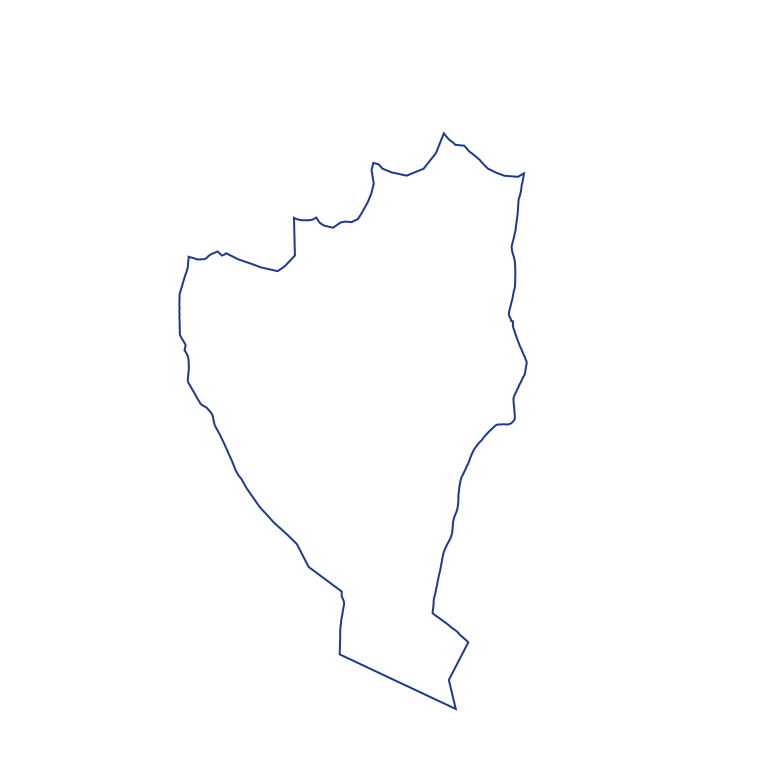 outline of Grande Riviere/Degazon, Gros Islet, Saint Lucia, rotated 32°
{"feature_id": "8701671B86513395077945", "entity_name": "Grande Riviere/Degazon", "entity_type": "district", "adm_level": 2, "iso_a3": "LCA", "parent_name": "Saint Lucia", "parent_adm1": "Gros Islet", "projection": "robinson", "projection_center": [-60.951, 14.028], "detail": "fine", "context": "isolated", "style": "outline", "palette": "blue", "viewbox_px": 768, "rotation_deg": 32, "n_neighbors": 0, "source": "geoboundaries", "source_scale": "gbopen_adm2", "svg_char_len": 4737}
<svg xmlns="http://www.w3.org/2000/svg" viewBox="0 0 768 768"><g transform="rotate(32 384 384)"><path d="M219.6,290.8L240.4,322.3L239.9,324.3L239.3,327.6L238.8,330.2L238.2,332.8L237.8,335.5L236.9,338.0L235.6,341.2L234.6,343.3L234.0,344.7L217.6,350.4L215.4,350.8L205.8,352.8L198.0,354.7L193.7,355.6L181.0,356.7L179.7,359.4L178.4,361.0L175.7,360.4L172.6,359.8L171.2,361.9L169.5,364.1L168.1,366.6L167.3,368.6L166.8,371.4L165.4,373.4L163.6,374.6L161.4,376.3L159.1,377.5L156.8,377.9L154.5,378.6L150.9,379.6L152.4,382.3L153.5,384.7L154.6,386.8L155.8,389.1L156.9,392.6L157.3,394.4L157.8,397.1L158.4,399.4L159.4,403.1L160.1,405.4L160.9,408.1L161.4,410.2L162.1,412.6L162.7,415.3L163.7,417.4L165.1,419.5L168.2,424.8L169.5,426.7L170.7,428.6L172.3,431.5L173.9,433.5L175.0,435.6L178.2,440.3L184.0,449.2L185.3,450.8L187.2,451.9L189.4,453.1L192.7,454.7L194.2,455.5L195.2,456.2L195.8,457.8L196.5,459.8L197.1,461.3L199.0,462.0L201.8,463.6L203.9,465.3L205.8,467.6L208.3,471.2L210.3,474.2L211.6,476.8L212.7,479.1L214.2,482.3L215.8,485.1L217.8,486.9L220.0,487.9L223.1,489.6L226.2,491.2L231.0,493.8L233.7,495.3L236.3,496.6L238.8,497.9L240.5,498.3L242.2,498.3L245.7,498.0L247.6,498.5L249.4,499.0L251.8,499.7L254.6,501.0L256.5,502.6L258.0,504.4L259.5,505.9L261.8,508.2L263.6,509.5L265.9,510.7L270.9,513.5L279.3,518.8L287.4,524.2L295.9,529.9L303.9,535.8L308.4,538.3L313.6,540.2L322.3,545.0L339.3,552.3L344.4,554.4L353.7,556.9L363.0,559.6L368.0,560.6L377.3,562.2L382.2,563.1L392.1,565.3L394.6,565.8L396.4,566.8L417.1,579.1L458.0,582.4L459.0,583.9L460.6,586.4L463.4,588.3L464.9,589.4L466.5,591.2L468.0,594.8L469.3,598.2L470.8,601.5L472.8,606.8L474.4,609.9L476.9,615.2L479.4,619.4L480.9,621.7L483.1,625.5L489.7,636.8L617.1,621.6L595.8,600.6L592.4,558.5L591.5,558.2L590.2,557.9L587.2,557.5L584.9,557.0L581.5,556.6L577.1,555.2L573.5,554.9L570.6,554.9L568.0,554.4L564.6,554.0L560.9,553.7L555.9,553.3L548.4,552.9L546.6,552.6L543.0,545.0L540.7,541.0L539.7,538.4L538.7,535.0L537.8,532.7L536.5,529.3L535.3,525.7L534.2,523.2L532.6,518.8L531.3,515.2L530.7,513.3L530.0,511.3L528.2,506.8L526.9,503.4L525.5,499.9L524.1,496.0L523.5,493.6L523.0,490.3L522.6,486.9L522.4,483.7L522.2,480.3L521.7,477.6L520.7,474.2L519.4,471.5L518.0,468.8L516.7,466.4L515.6,464.2L514.2,459.9L513.3,454.8L512.7,452.1L511.9,449.9L510.8,447.3L509.7,445.0L508.3,442.5L506.5,439.6L505.1,436.9L503.9,434.2L502.2,430.9L501.1,428.0L500.2,425.7L499.4,422.9L499.0,420.6L498.9,418.6L498.5,415.6L498.3,413.1L497.7,410.1L497.6,407.2L497.2,405.1L496.7,402.6L496.0,399.6L495.5,396.1L495.2,393.2L495.1,391.1L495.2,389.5L495.4,387.1L495.6,384.4L495.9,382.8L496.6,380.0L496.8,377.6L497.1,374.7L497.5,372.5L498.1,369.4L498.8,366.7L499.6,363.6L500.4,360.6L501.0,359.1L502.8,357.5L505.0,356.1L507.1,354.5L509.8,353.2L511.4,351.8L512.7,349.9L513.3,347.7L513.5,344.8L513.1,343.7L512.1,342.0L510.2,339.5L508.9,337.8L508.1,336.8L506.8,334.8L504.1,331.6L502.4,329.0L501.5,327.7L500.9,325.9L500.5,323.2L500.3,321.1L499.9,318.5L499.8,316.2L499.2,313.0L499.1,310.5L498.7,307.3L498.4,305.3L498.4,301.8L497.5,299.3L496.4,296.8L495.5,294.6L494.5,292.0L493.6,290.1L492.5,289.0L491.0,288.1L489.4,286.6L487.2,285.4L485.2,283.9L483.2,282.5L481.1,281.1L479.2,279.9L477.2,278.4L474.8,276.5L472.9,275.1L462.9,267.0L460.1,262.5L458.6,263.2L456.9,261.6L455.2,260.6L453.2,259.0L452.2,257.2L451.0,254.1L450.3,251.7L449.5,249.2L448.8,247.3L447.8,243.8L446.9,241.5L445.9,238.9L445.0,236.7L444.0,233.4L443.3,231.6L441.7,229.1L440.9,227.4L438.9,224.3L437.6,222.1L436.4,219.9L435.5,218.6L433.5,215.7L432.0,213.5L430.7,211.5L429.0,209.7L426.4,207.1L424.8,205.8L423.1,204.3L421.2,202.2L419.5,200.0L418.5,197.1L418.0,195.9L417.3,193.4L416.4,190.6L415.7,188.6L415.0,186.8L414.1,184.1L413.2,182.1L412.3,180.3L411.5,178.6L410.0,175.0L408.7,172.2L407.3,169.2L405.8,166.3L404.7,164.2L402.7,160.6L401.2,157.7L400.4,156.1L399.5,152.6L398.6,149.7L397.5,146.7L396.2,144.2L395.2,142.0L394.3,138.9L393.5,137.1L392.5,134.4L391.1,131.2L387.8,137.3L376.2,143.4L373.0,144.2L370.4,144.7L367.5,145.3L357.9,146.3L355.5,145.7L353.5,145.3L351.2,144.6L348.2,143.9L346.8,143.3L343.6,142.8L342.1,142.5L339.0,142.2L336.0,141.8L333.9,141.7L331.8,141.3L328.9,140.3L326.7,139.7L325.6,139.4L322.7,141.0L319.5,142.4L317.8,143.4L315.1,142.7L310.5,142.4L305.6,141.1L301.9,139.7L305.7,160.5L303.5,180.5L292.8,195.3L278.4,200.5L268.5,202.2L263.1,200.5L257.8,202.2L260.1,209.2L266.2,216.2L269.2,219.6L272.3,229.2L273.8,237.9L274.5,250.0L274.5,257.9L270.7,263.9L265.4,266.6L261.6,270.0L258.1,278.3L255.9,279.2L254.1,279.8L250.7,280.9L248.9,281.4L246.3,281.5L243.7,281.2L242.2,280.6L238.3,278.8L237.0,281.3L236.0,282.8L234.6,284.0L233.2,285.2L231.6,286.2L230.1,287.1L227.9,288.5L225.1,289.6L223.8,290.1L221.5,290.7L219.6,290.8Z" fill="none" stroke="#1e3a8a" stroke-width="2"/></g></svg>